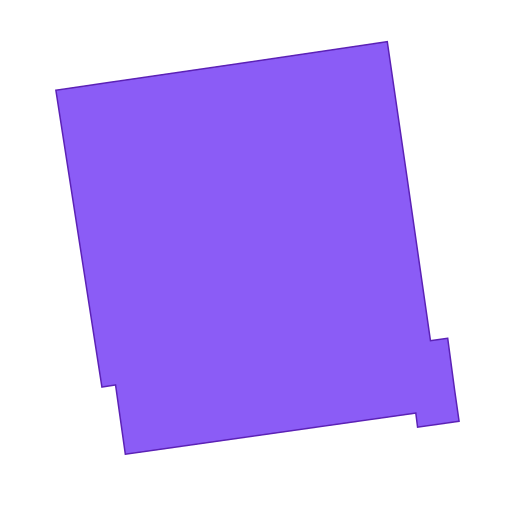 Polk, Missouri, United States of America (Albers equal-area conic projection), rotated 170°
{"feature_id": "52423323B27276751981005", "entity_name": "Polk", "entity_type": "district", "adm_level": 2, "iso_a3": "USA", "parent_name": "United States of America", "parent_adm1": "Missouri", "projection": "albers", "projection_center": [-93.444, 37.623], "detail": "fine", "context": "isolated", "style": "filled", "palette": "violet", "viewbox_px": 512, "rotation_deg": 170, "n_neighbors": 0, "source": "geoboundaries", "source_scale": "gbopen_adm2", "svg_char_len": 351}
<svg xmlns="http://www.w3.org/2000/svg" viewBox="0 0 512 512"><g transform="rotate(170 256 256)"><path d="M424.3,454.0L430.5,153.7L416.7,153.4L419.1,83.5L125.9,73.6L126.6,59.4L84.7,58.0L83.7,89.1L81.5,141.7L98.9,142.3L95.5,248.8L93.7,304.7L89.5,444.3L229.9,448.2L371.9,452.5L424.3,454.0Z" fill="#8b5cf6" stroke="#5b21b6" stroke-width="1.5"/></g></svg>